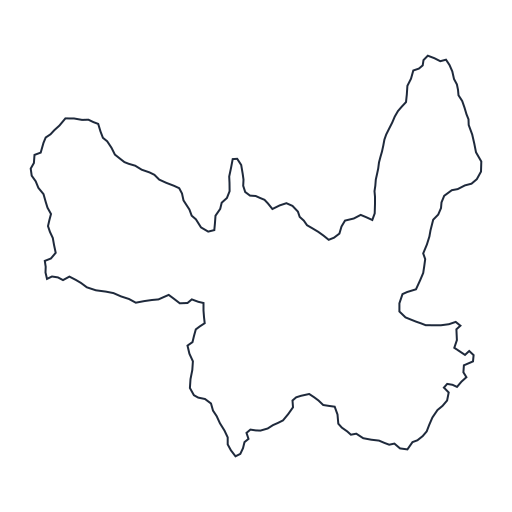 Espera Feliz, Minas Gerais, Brazil
{"feature_id": "56859067B13761080010034", "entity_name": "Espera Feliz", "entity_type": "district", "adm_level": 2, "iso_a3": "BRA", "parent_name": "Brazil", "parent_adm1": "Minas Gerais", "projection": "natural_earth1", "projection_center": [-41.928, -20.588], "detail": "fine", "context": "isolated", "style": "outline", "palette": "slate", "viewbox_px": 512, "rotation_deg": 0, "n_neighbors": 0, "source": "geoboundaries", "source_scale": "gbopen_adm2", "svg_char_len": 3548}
<svg xmlns="http://www.w3.org/2000/svg" viewBox="0 0 512 512"><path d="M407.4,85.8L406.8,94.7L406.0,102.1L401.8,106.6L398.0,111.0L394.8,116.5L392.2,122.6L389.0,128.9L386.2,134.5L384.4,139.6L383.3,145.5L382.0,151.5L380.5,156.7L379.0,162.4L378.2,168.6L377.0,174.2L375.8,179.6L375.3,185.8L374.5,191.2L375.0,196.8L375.0,203.9L374.7,213.4L372.3,220.0L366.2,217.2L360.7,214.9L353.8,218.5L345.0,220.6L341.5,226.5L339.4,233.6L334.0,237.7L328.7,239.8L323.5,235.6L318.2,231.8L312.2,228.2L307.0,225.2L303.8,220.6L299.7,216.9L297.9,211.6L292.5,205.9L286.4,203.2L279.7,205.4L272.4,209.0L267.9,203.4L264.5,199.8L259.9,197.9L255.7,196.0L250.0,195.6L245.2,192.0L243.2,185.8L243.5,179.6L242.7,173.9L241.2,165.0L237.2,158.8L232.7,159.1L231.0,168.0L229.2,176.5L229.5,182.9L229.6,191.2L226.9,198.0L221.7,202.7L220.2,208.9L215.5,215.7L214.9,223.8L214.3,230.1L208.2,231.6L201.0,227.4L195.9,219.3L191.7,215.7L189.4,209.5L186.4,204.9L183.5,200.4L182.0,193.5L179.2,188.2L174.0,185.8L166.2,182.8L159.2,179.6L154.4,174.8L149.5,172.4L141.7,169.7L135.2,165.7L128.7,163.8L124.4,162.1L119.8,158.5L114.9,154.6L111.5,147.8L107.2,141.3L102.9,137.8L100.5,131.5L98.2,123.9L93.4,122.1L88.4,119.7L82.1,119.9L74.2,118.5L65.4,118.4L59.4,125.6L54.4,130.1L50.5,134.3L45.7,137.5L43.5,142.8L40.7,152.6L34.5,154.9L33.9,163.0L30.7,168.6L31.7,175.7L35.7,181.3L38.4,187.9L43.5,194.1L45.7,201.9L47.5,207.7L51.0,214.0L49.4,220.0L48.0,226.1L49.9,231.8L52.8,238.0L54.0,244.8L55.7,252.8L50.9,258.5L44.8,260.9L45.7,266.8L45.5,272.5L47.0,278.9L52.0,276.5L57.9,277.4L63.0,280.1L69.4,276.6L75.8,279.9L80.9,282.9L86.8,287.3L95.9,290.3L105.8,291.6L113.5,293.1L121.0,296.4L129.0,299.0L135.8,302.7L144.2,301.1L151.9,300.0L158.5,299.4L163.2,297.3L168.7,294.9L173.7,298.6L179.8,303.3L187.5,303.0L191.8,299.4L198.3,301.8L203.5,303.0L203.5,310.6L204.0,317.0L204.7,323.2L199.8,326.4L195.8,329.4L194.0,335.9L192.5,342.1L187.5,345.6L189.4,353.7L192.9,361.3L192.3,370.0L190.5,379.1L189.9,388.0L193.9,395.2L198.2,397.6L205.0,399.0L211.0,403.5L213.0,410.6L216.7,416.2L219.9,423.2L224.5,430.6L227.7,437.4L227.7,444.4L230.9,450.3L235.5,456.3L240.3,453.9L243.0,448.2L244.5,442.1L248.5,438.9L246.5,432.9L250.4,429.6L255.7,430.4L260.4,430.6L267.7,428.5L273.0,425.1L277.8,423.0L283.0,420.4L288.2,414.1L293.0,407.3L292.5,400.5L296.2,397.3L301.0,395.8L309.2,394.0L314.2,397.3L318.5,400.5L323.2,405.0L328.9,405.9L334.7,406.7L337.5,414.5L338.3,423.7L341.8,427.6L347.2,431.4L350.9,434.7L356.3,433.7L363.2,438.2L371.2,439.7L379.0,440.6L384.4,442.9L389.2,444.7L394.4,443.6L400.0,448.4L407.4,449.4L412.5,442.1L417.4,440.3L422.7,436.1L426.7,431.4L429.2,424.9L432.4,417.5L437.5,410.0L442.5,405.9L447.1,400.5L448.7,392.5L443.9,387.6L447.2,383.9L452.5,384.8L457.0,386.9L461.5,381.6L466.4,377.2L463.4,372.3L463.9,365.3L473.0,361.4L473.6,355.1L469.2,351.0L465.0,354.9L454.3,347.8L456.9,340.1L456.4,329.3L460.4,325.7L455.7,321.9L449.0,324.2L440.7,325.3L425.7,325.2L421.1,323.4L416.2,321.7L411.4,319.8L405.5,317.4L399.4,311.5L399.4,303.3L402.5,294.1L407.2,292.0L416.0,289.3L420.2,280.1L423.2,273.0L424.2,266.5L425.2,259.1L423.2,253.4L426.9,244.5L429.4,236.5L430.5,230.3L433.2,219.7L438.2,214.6L441.0,208.1L441.5,202.4L444.2,195.8L451.8,190.2L457.7,189.1L464.9,185.4L471.5,183.7L476.8,179.2L481.0,171.6L481.3,161.5L476.0,152.3L474.3,143.7L472.2,134.5L468.7,125.0L468.5,119.3L466.5,114.3L464.5,107.6L462.2,101.0L458.5,95.3L458.0,89.8L456.9,84.4L454.0,79.0L452.3,71.4L449.5,65.0L446.0,59.7L440.3,61.2L434.4,58.2L427.8,55.7L423.5,60.1L422.7,65.4L418.9,68.6L413.3,70.5L411.0,78.7L407.4,85.8Z" fill="none" stroke="#1e293b" stroke-width="2"/></svg>